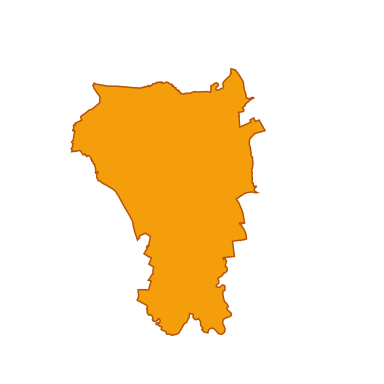 the district of Reghin, Mures, Romania, rotated 334°
{"feature_id": "2599482B84925719631969", "entity_name": "Reghin", "entity_type": "district", "adm_level": 2, "iso_a3": "ROU", "parent_name": "Romania", "parent_adm1": "Mures", "projection": "albers", "projection_center": [24.684, 46.767], "detail": "fine", "context": "isolated", "style": "filled", "palette": "amber", "viewbox_px": 384, "rotation_deg": 334, "n_neighbors": 0, "source": "geoboundaries", "source_scale": "gbopen_adm2", "svg_char_len": 6045}
<svg xmlns="http://www.w3.org/2000/svg" viewBox="0 0 384 384"><g transform="rotate(334 192 192)"><path d="M162.1,326.6L161.9,324.1L162.2,323.0L163.9,320.7L165.3,320.1L166.8,320.0L168.9,320.3L172.0,320.4L173.2,320.1L173.9,319.1L173.9,317.3L172.4,314.0L172.2,313.0L172.3,312.0L173.1,311.2L174.4,311.0L174.4,307.9L173.6,305.8L173.4,304.7L173.4,303.6L173.7,301.7L174.7,297.8L175.5,296.5L175.9,295.2L176.3,294.9L178.5,294.8L180.1,291.5L180.2,290.7L179.9,289.8L178.7,288.9L175.6,289.6L174.2,289.5L172.6,287.7L172.7,287.1L172.9,286.5L173.6,286.2L175.3,286.0L176.1,285.6L177.1,283.8L177.1,281.8L177.8,281.1L179.7,280.6L182.2,280.5L183.7,279.7L184.7,278.8L186.2,279.2L188.2,278.6L189.4,277.7L190.1,275.9L190.2,274.8L190.2,274.3L189.2,273.4L190.8,271.3L192.7,269.4L192.6,266.2L192.3,265.5L190.8,266.3L191.2,264.7L201.9,268.5L206.8,254.0L213.8,256.3L214.0,256.7L214.5,256.9L216.5,257.1L217.4,257.7L220.4,258.1L221.8,254.4L222.3,251.6L222.2,246.4L221.5,243.4L220.8,241.1L221.8,240.7L222.5,241.0L222.9,241.4L222.9,242.3L223.0,242.5L223.4,242.6L223.9,242.2L225.6,243.0L228.5,233.3L229.0,228.8L229.3,221.5L228.7,217.8L237.5,216.5L240.4,216.5L245.6,218.1L249.3,220.9L250.5,221.1L249.8,220.4L249.0,219.1L248.7,217.0L249.4,216.7L250.3,215.9L251.4,215.9L251.8,215.6L252.2,214.9L251.3,214.4L250.5,214.9L250.1,214.2L250.0,213.8L250.9,210.8L250.2,210.3L250.0,209.9L252.4,205.9L252.8,204.5L253.4,203.1L254.8,200.7L255.3,198.1L256.9,196.8L259.8,192.3L260.4,189.9L261.0,188.4L261.6,187.6L261.5,186.7L261.2,186.1L261.3,184.3L262.0,182.8L262.4,182.5L262.3,182.1L263.6,178.9L263.4,178.6L263.4,178.3L264.1,177.1L264.3,174.3L266.2,170.9L267.2,169.7L272.9,167.3L274.2,167.0L284.6,168.9L283.8,156.7L279.9,156.4L280.0,152.5L275.7,152.7L275.6,155.0L266.8,154.8L263.4,154.5L267.0,145.5L267.7,144.7L267.9,143.7L268.4,142.8L268.4,141.5L268.7,140.8L271.5,141.7L273.6,142.1L274.0,141.7L274.2,140.9L274.7,140.7L274.4,138.2L277.3,137.8L277.4,137.3L278.2,137.1L278.1,136.5L285.7,134.6L288.7,134.6L288.6,133.9L286.7,133.2L284.1,133.6L283.1,131.9L282.0,131.4L283.3,127.9L283.9,122.6L286.4,115.5L285.7,107.7L284.7,102.2L284.3,101.7L284.5,101.4L281.3,98.4L280.0,99.8L279.9,101.2L279.4,102.4L278.7,102.2L278.2,103.2L276.8,104.2L270.5,106.1L268.9,106.8L267.1,108.2L266.6,110.7L265.8,111.8L264.8,112.4L263.8,111.8L260.9,111.9L258.5,111.1L258.4,110.3L258.9,109.3L259.8,108.6L262.0,108.1L262.9,106.9L262.7,105.9L261.9,104.7L261.5,104.5L259.6,104.4L256.5,105.1L255.6,104.8L254.2,107.8L252.3,110.4L249.3,108.2L242.6,105.3L239.4,103.7L238.2,102.8L232.8,102.2L231.2,101.2L230.0,100.8L229.4,100.3L228.8,100.6L227.7,100.6L225.7,98.7L224.8,98.8L224.7,98.4L225.0,97.0L224.6,95.9L224.7,95.3L223.8,95.1L224.2,94.6L224.2,94.3L223.0,93.4L222.8,92.7L222.7,92.3L223.2,91.8L223.2,91.3L221.7,90.3L221.6,89.9L221.9,89.1L220.5,88.2L220.6,87.9L221.5,87.6L221.5,87.2L220.9,86.4L219.8,85.6L218.6,83.3L217.8,82.4L216.4,81.8L214.5,81.9L213.6,81.7L213.4,81.5L213.3,81.1L212.8,80.6L213.3,80.5L213.0,79.7L212.6,79.6L212.1,80.0L211.4,79.2L210.6,79.3L209.8,78.4L208.9,78.5L208.5,78.1L207.9,78.0L207.2,78.6L207.0,78.3L206.2,78.4L205.9,78.0L204.8,78.1L204.2,77.6L203.4,78.2L201.2,78.2L201.0,78.6L200.5,78.7L200.2,78.6L200.4,78.2L200.3,77.9L199.8,77.9L199.6,77.5L199.3,77.6L199.0,77.1L198.3,77.6L198.1,77.3L197.1,77.4L196.7,77.0L195.4,76.8L195.2,76.5L194.3,76.9L193.7,76.3L191.5,76.1L185.6,72.9L171.6,64.4L163.2,60.2L153.5,53.3L152.6,52.5L151.8,51.2L151.5,51.2L150.6,52.9L149.7,52.7L149.6,54.6L149.4,55.6L150.0,60.4L151.0,65.8L148.2,71.3L138.7,73.7L138.1,73.7L135.7,73.2L131.4,74.3L125.5,75.2L124.7,75.8L124.3,79.1L117.0,79.0L116.8,80.2L116.5,80.5L115.5,79.9L114.6,80.3L114.3,81.4L113.6,83.0L111.7,84.2L111.9,85.0L113.3,85.5L112.8,86.9L111.6,87.9L110.6,89.9L109.3,91.3L108.3,92.9L106.9,93.9L106.3,93.9L105.7,94.3L105.7,95.1L106.2,95.9L106.4,96.6L104.8,97.8L104.4,99.5L104.1,99.7L102.8,99.7L102.4,100.0L102.7,101.9L101.5,103.0L104.0,103.8L104.0,104.0L109.2,105.4L109.9,107.1L110.5,111.1L112.7,111.1L112.6,113.0L112.8,113.8L113.2,114.1L114.2,113.5L114.6,113.7L115.2,114.4L115.9,116.1L116.2,117.2L115.6,118.2L116.1,118.8L116.0,119.5L115.7,119.5L115.5,120.4L116.2,121.0L116.4,121.8L115.8,122.4L115.8,123.7L116.6,124.3L116.2,125.3L115.8,127.9L114.8,130.6L113.7,132.3L113.7,132.9L114.2,133.0L117.0,132.4L115.6,133.2L114.5,134.3L113.1,136.4L112.7,137.7L112.9,139.4L112.7,140.7L114.6,142.4L114.9,143.8L115.9,145.3L116.7,146.9L117.1,147.0L120.7,152.4L122.8,156.0L123.3,157.1L123.7,158.5L124.3,164.3L124.6,173.7L125.6,185.7L125.7,191.6L125.4,193.4L124.1,197.7L123.0,203.4L122.1,210.4L121.9,211.3L124.9,210.1L125.5,208.4L131.9,208.6L135.2,213.6L129.3,221.5L128.5,220.6L128.2,220.7L127.0,221.6L127.7,222.5L121.8,226.4L124.5,230.9L126.7,233.5L121.6,237.9L124.6,242.6L122.4,245.6L121.1,248.5L120.5,248.3L115.9,251.3L114.0,252.1L116.3,254.1L113.0,257.6L113.0,257.9L112.2,258.5L110.4,260.8L108.5,260.3L107.2,259.3L100.7,256.2L99.7,258.2L99.2,260.3L98.4,262.1L97.5,263.3L95.3,265.2L101.6,273.9L101.7,274.3L101.7,275.7L101.1,276.3L100.2,276.9L99.9,277.4L99.8,278.0L100.1,278.1L100.2,278.4L99.0,280.2L98.8,281.7L99.2,283.7L99.7,284.0L100.8,283.8L101.3,284.7L101.7,286.0L101.8,288.4L100.5,289.2L100.3,289.8L100.9,291.5L101.6,292.0L104.7,292.3L105.2,292.1L105.9,291.0L106.2,291.0L106.6,291.3L107.1,292.9L107.1,293.6L105.6,295.2L104.7,295.4L104.3,294.4L103.1,294.1L102.1,294.3L101.8,294.6L101.8,295.2L103.3,296.8L104.3,298.7L105.7,300.0L105.7,300.5L104.5,301.4L104.1,301.8L104.1,302.2L104.5,303.2L106.5,304.9L107.0,305.7L107.2,307.1L106.8,308.3L107.5,309.0L109.1,309.4L109.7,310.4L111.0,311.7L112.7,312.5L117.8,313.2L119.3,312.5L127.0,307.2L130.1,306.7L132.9,304.4L134.2,303.8L135.9,301.1L136.8,300.1L139.5,302.7L138.1,304.7L138.1,305.9L138.7,307.8L139.3,308.3L140.6,308.8L142.5,308.9L142.7,309.5L142.8,310.9L142.7,312.5L141.4,315.5L141.4,316.4L142.1,319.1L141.7,319.5L140.5,319.8L141.4,323.2L141.6,323.2L144.5,325.6L146.4,323.4L147.4,322.9L148.6,322.8L150.1,323.0L151.4,323.9L152.2,325.4L153.6,330.4L154.3,331.6L156.0,332.8L158.0,332.8L159.6,332.2L161.0,330.9L161.7,329.4L162.1,326.6Z" fill="#f59e0b" stroke="#b45309" stroke-width="1.5"/></g></svg>